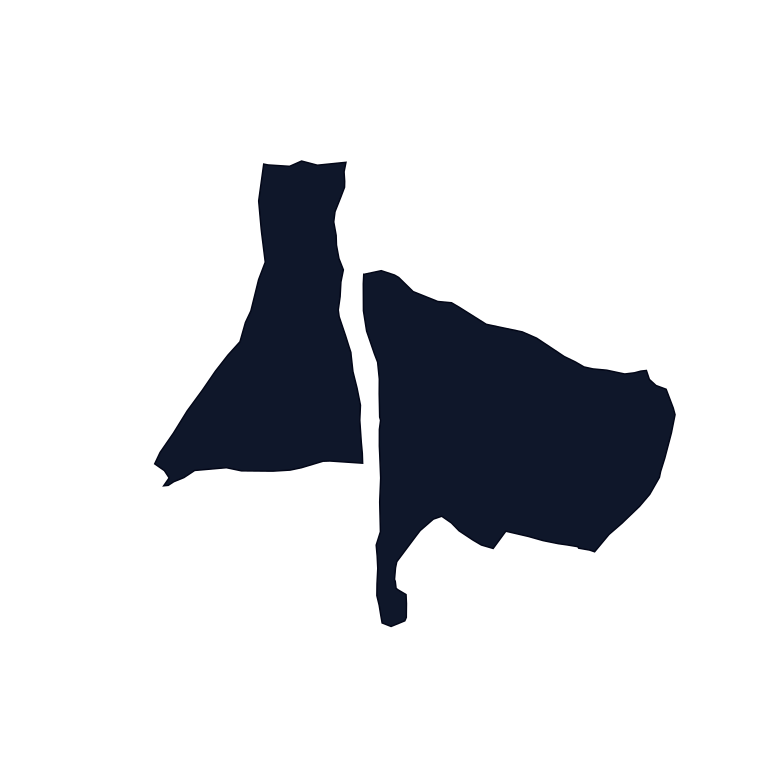 Luxor, Qina, Egypt, rotated 330°
{"feature_id": "37247803B96963536963151", "entity_name": "Luxor", "entity_type": "district", "adm_level": 2, "iso_a3": "EGY", "parent_name": "Egypt", "parent_adm1": "Qina", "projection": "mercator", "projection_center": [32.656, 25.722], "detail": "fine", "context": "isolated", "style": "filled", "palette": "ink", "viewbox_px": 768, "rotation_deg": 330, "n_neighbors": 0, "source": "geoboundaries", "source_scale": "gbopen_adm2", "svg_char_len": 2128}
<svg xmlns="http://www.w3.org/2000/svg" viewBox="0 0 768 768"><g transform="rotate(330 384 384)"><path d="M618.0,503.5L613.0,501.3L606.4,499.5L597.5,495.7L592.9,491.6L583.8,483.4L572.5,475.4L565.7,469.2L560.9,460.8L553.8,450.3L547.4,437.3L539.1,420.6L529.8,408.0L511.5,391.6L502.4,383.4L487.9,355.9L484.7,350.2L483.1,347.4L471.8,339.4L455.4,318.5L450.0,299.1L447.6,294.9L438.3,284.5L421.4,279.0L421.3,278.9L416.2,286.8L402.8,310.3L395.4,329.5L394.0,336.7L390.8,353.0L389.4,361.9L382.4,377.4L375.0,390.0L363.7,410.5L362.9,413.7L357.3,421.0L348.9,435.5L344.7,443.6L334.1,463.8L321.3,484.0L309.8,505.1L307.0,510.2L296.7,519.6L292.0,529.7L286.4,540.6L278.0,553.6L272.0,563.7L269.2,573.2L265.2,583.7L262.9,590.0L263.0,590.1L268.9,597.5L279.1,598.9L283.6,599.5L286.6,597.3L289.2,592.9L293.6,585.5L297.8,577.4L295.4,573.1L293.3,569.4L292.3,567.0L295.1,560.5L295.4,558.5L302.1,548.9L306.2,544.3L335.8,531.6L342.1,529.0L359.2,525.7L367.9,527.4L372.9,538.0L375.6,548.7L383.0,563.6L387.8,572.1L396.3,581.0L415.9,572.4L431.3,586.8L433.0,588.4L436.4,591.9L443.2,598.9L445.2,600.7L455.2,609.5L462.0,614.8L470.5,621.8L470.5,623.5L479.0,630.6L482.5,634.6L503.6,626.8L520.8,623.5L523.9,622.7L544.2,617.7L559.0,612.4L575.8,602.6L579.9,598.0L590.1,588.6L608.5,570.0L620.7,556.1L622.5,549.4L625.7,529.6L618.8,521.3L616.1,512.7L618.0,503.5ZM461.9,173.0L435.7,161.2L424.1,149.7L411.1,148.3L402.1,142.3L393.1,136.3L389.8,133.4L367.0,162.8L355.5,187.6L353.6,191.9L342.1,219.1L327.6,230.9L305.2,254.2L294.8,261.4L280.4,275.4L263.4,280.9L244.4,288.6L223.3,298.7L200.1,308.9L177.0,321.3L155.9,331.3L145.5,338.5L150.5,349.2L151.0,357.9L142.3,362.0L146.5,363.9L153.0,363.5L163.9,365.0L176.8,364.2L205.7,377.7L217.1,387.9L244.0,403.8L259.6,411.6L270.6,415.2L292.6,420.4L298.6,423.6L325.9,441.9L330.5,433.3L335.3,422.9L344.9,403.3L353.0,390.6L358.6,374.1L363.3,357.7L369.8,342.9L371.1,340.1L372.3,334.4L374.8,323.2L378.8,303.3L381.4,297.0L389.6,286.5L397.7,274.1L405.9,264.8L407.7,252.8L412.3,239.9L416.9,231.3L421.5,218.5L427.7,210.3L440.1,200.5L448.2,193.9L451.3,188.8L455.5,180.3L461.9,173.0Z" fill="#0f172a" stroke="#020617" stroke-width="1.5"/></g></svg>